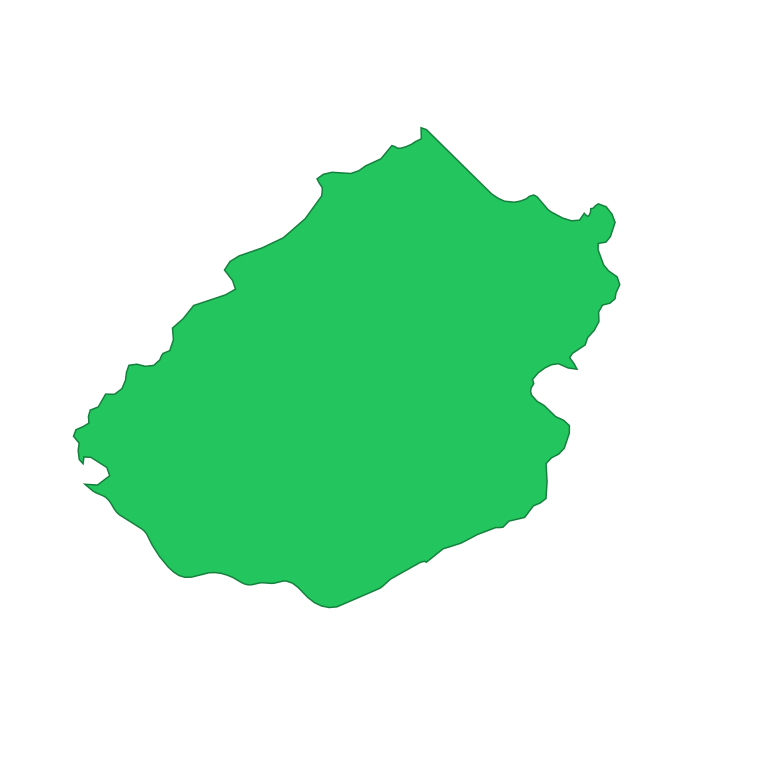 the Province of Savannakhét, rotated 315°
{"feature_id": "LAO-3282", "entity_name": "Savannakhét", "entity_type": "Province", "adm_level": 1, "iso_a3": "LAO", "parent_name": "Laos", "parent_adm1": "", "projection": "robinson", "projection_center": [105.728, 16.499], "detail": "fine", "context": "isolated", "style": "filled", "palette": "green", "viewbox_px": 768, "rotation_deg": 315, "n_neighbors": 0, "source": "natural_earth", "source_scale": "10m", "svg_char_len": 2547}
<svg xmlns="http://www.w3.org/2000/svg" viewBox="0 0 768 768"><g transform="rotate(315 384 384)"><path d="M104.7,282.8L104.8,281.9L106.7,274.7L107.2,271.0L107.1,267.2L106.1,263.8L103.4,257.2L102.5,253.8L101.6,243.4L109.9,252.8L125.2,254.9L129.0,247.0L124.9,228.6L120.2,223.4L114.8,227.6L115.1,221.9L120.8,214.7L126.6,210.3L127.5,201.4L133.9,198.5L140.9,201.3L147.7,203.0L152.1,197.9L157.9,194.7L165.7,198.2L180.0,194.3L186.1,200.7L195.4,202.0L203.8,198.6L210.2,193.6L216.9,190.4L223.2,195.2L227.8,202.8L234.3,208.0L242.6,208.4L245.8,207.0L249.2,206.1L256.1,208.9L266.4,203.8L274.0,194.9L288.0,195.8L304.9,193.9L335.0,208.9L346.1,211.9L350.1,203.7L351.8,190.6L361.8,188.5L372.2,191.0L394.1,201.6L416.2,209.4L445.1,211.4L472.8,207.0L476.2,204.4L479.2,201.4L480.2,196.5L481.7,191.6L489.4,192.8L496.9,197.5L509.4,211.7L517.0,215.4L525.4,216.8L541.0,222.6L558.2,221.0L559.6,223.9L560.3,226.9L562.7,229.2L567.4,231.8L572.7,233.9L577.5,234.8L583.8,237.0L591.4,229.0L593.9,234.2L593.9,241.2L594.5,325.6L596.0,333.3L598.5,340.0L604.8,347.7L610.0,351.2L615.6,353.7L619.3,354.0L623.5,356.2L624.6,359.8L623.3,376.7L623.8,380.3L627.6,392.8L631.9,401.1L638.1,406.4L646.3,404.9L646.2,408.3L647.1,409.8L649.0,409.6L651.7,408.4L654.2,406.2L656.1,407.6L659.6,407.5L662.9,408.1L666.4,415.7L665.3,425.2L661.7,433.1L648.3,439.9L641.2,440.6L634.9,436.1L630.3,440.4L623.5,455.1L622.8,462.7L624.6,473.1L620.9,480.5L612.5,483.6L607.6,487.1L600.9,486.6L594.3,482.7L586.6,484.9L580.2,491.8L570.7,494.7L560.8,495.2L553.9,498.6L538.8,495.6L533.9,496.7L532.7,504.2L530.9,510.0L525.5,502.8L521.7,493.0L516.2,488.9L509.6,486.5L500.9,485.1L492.2,485.8L491.3,487.7L490.1,489.7L485.5,490.7L482.4,492.9L480.4,496.4L480.0,504.6L482.0,512.3L482.3,528.5L485.3,536.5L485.7,544.5L480.3,549.8L466.0,556.9L458.0,557.1L450.2,554.6L442.3,554.9L430.3,568.3L417.6,579.5L410.4,578.6L403.5,575.8L389.1,577.8L375.4,569.3L366.9,569.4L364.0,567.1L361.4,564.5L343.9,556.6L325.7,550.9L309.2,542.3L288.0,540.0L287.9,540.0L287.6,538.5L285.5,536.8L282.9,535.6L250.8,526.6L239.4,526.0L236.6,525.5L200.7,511.3L193.1,508.3L187.2,503.3L182.9,496.9L180.2,489.4L179.2,481.1L179.4,467.0L178.5,460.2L175.5,454.1L173.3,452.0L167.9,448.7L165.5,447.2L163.4,445.4L158.0,439.1L155.8,437.0L148.4,432.4L145.9,429.9L144.1,427.0L142.9,423.8L140.3,413.9L138.0,408.3L135.1,403.0L131.4,398.1L126.9,393.8L111.4,384.5L106.6,380.0L103.6,374.4L102.3,368.0L102.0,360.9L103.3,347.3L106.2,334.0L110.1,322.3L110.5,318.8L110.3,315.4L104.4,289.3L104.3,285.7L104.7,282.8Z" fill="#22c55e" stroke="#15803d" stroke-width="1.5"/></g></svg>